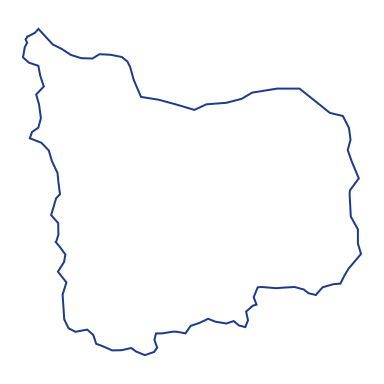 Eptagoneia, Limassol, Cyprus
{"feature_id": "46923920B90108910277465", "entity_name": "Eptagoneia", "entity_type": "district", "adm_level": 2, "iso_a3": "CYP", "parent_name": "Cyprus", "parent_adm1": "Limassol", "projection": "orthographic", "projection_center": [33.147, 34.845], "detail": "fine", "context": "isolated", "style": "outline", "palette": "blue", "viewbox_px": 384, "rotation_deg": 0, "n_neighbors": 0, "source": "geoboundaries", "source_scale": "gbopen_adm2", "svg_char_len": 1588}
<svg xmlns="http://www.w3.org/2000/svg" viewBox="0 0 384 384"><path d="M25.6,39.3L27.1,42.8L24.8,47.1L23.0,57.4L29.0,62.7L38.3,65.8L40.3,75.9L43.8,86.5L36.2,94.5L39.0,104.3L40.9,118.2L38.3,127.7L32.1,131.9L29.8,138.3L41.3,142.7L48.8,150.5L51.8,160.8L57.5,173.0L58.6,183.8L60.0,194.2L56.1,198.3L55.2,201.4L53.6,206.8L51.1,215.1L52.7,216.9L58.2,223.2L58.4,234.7L56.1,242.0L55.8,242.1L59.7,246.7L65.4,254.6L64.0,262.1L57.9,271.7L66.4,282.4L62.6,294.7L63.6,309.5L64.2,319.3L67.6,326.3L68.5,328.2L75.4,331.8L87.2,329.6L93.3,335.0L96.2,343.8L101.7,345.8L112.2,350.4L121.6,350.2L131.2,348.0L136.2,351.6L139.7,353.0L144.8,355.1L154.1,352.0L157.2,347.6L154.4,339.9L156.0,333.4L161.9,333.4L173.5,331.6L177.3,331.8L185.5,333.4L190.6,325.9L199.5,322.9L208.1,318.8L215.4,321.7L226.4,323.5L233.7,321.1L239.0,325.5L245.3,327.1L248.0,320.3L246.1,311.6L252.8,305.7L256.5,304.6L253.7,297.2L257.7,287.3L262.0,287.0L276.2,288.2L283.5,287.6L294.6,287.0L299.7,288.4L303.8,289.5L308.4,293.2L315.8,295.0L322.6,287.3L333.3,284.2L340.4,283.6L344.1,276.2L346.6,271.9L348.7,268.5L361.0,254.0L357.9,243.5L357.9,229.3L350.8,216.6L349.6,194.1L349.9,190.4L358.8,178.4L351.7,161.4L347.7,150.0L350.5,139.8L349.9,134.9L348.9,127.8L344.0,118.3L342.8,116.0L329.9,112.9L314.2,100.3L299.5,88.6L277.1,88.6L252.2,92.6L241.7,98.8L226.4,102.8L206.4,104.3L194.4,109.9L174.5,104.0L158.5,99.7L141.0,96.9L133.6,79.6L130.2,67.1L127.4,61.5L121.8,57.0L110.8,54.8L99.5,54.2L92.5,58.5L81.3,58.2L70.8,54.9L62.0,49.1L52.8,44.5L38.4,28.9L35.1,32.7L28.8,36.0L27.2,36.6L27.3,37.2L25.6,39.3Z" fill="none" stroke="#1e3a8a" stroke-width="2"/></svg>